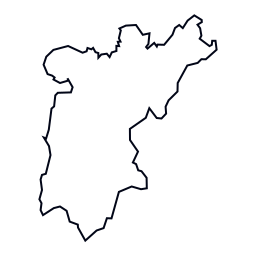 Studenichani, Studeničani, North Macedonia (Albers equal-area conic projection)
{"feature_id": "65306769B72053820604170", "entity_name": "Studenichani", "entity_type": "district", "adm_level": 2, "iso_a3": "MKD", "parent_name": "North Macedonia", "parent_adm1": "Studeničani", "projection": "albers", "projection_center": [21.452, 41.825], "detail": "fine", "context": "isolated", "style": "outline", "palette": "ink", "viewbox_px": 256, "rotation_deg": 0, "n_neighbors": 0, "source": "geoboundaries", "source_scale": "gbopen_adm2", "svg_char_len": 1392}
<svg xmlns="http://www.w3.org/2000/svg" viewBox="0 0 256 256"><path d="M146.8,188.3L146.6,177.8L141.5,171.2L138.2,170.3L136.1,164.1L132.9,162.5L138.0,151.6L130.0,140.0L129.9,128.9L145.8,117.8L149.3,108.2L156.7,118.0L161.5,118.5L166.1,113.6L165.6,106.7L168.6,100.3L177.5,91.5L177.7,83.0L187.3,65.5L197.7,62.9L201.4,59.2L205.8,59.3L216.6,49.7L215.5,40.8L212.2,40.8L211.8,44.8L209.5,46.1L199.7,38.7L201.4,35.7L200.1,28.2L197.5,24.7L201.8,22.1L201.7,20.0L194.3,15.4L187.6,20.6L182.8,28.1L179.2,25.0L175.0,28.0L172.5,34.7L164.1,44.8L157.5,44.6L156.8,46.5L154.2,42.9L147.5,48.6L146.1,47.0L148.4,44.0L149.5,33.3L142.8,34.8L136.0,25.0L125.9,25.6L119.4,28.5L120.8,30.4L118.9,38.2L120.5,41.6L117.8,41.8L119.1,46.1L116.4,45.9L116.4,51.0L111.8,52.4L109.6,57.1L106.8,53.7L101.3,54.5L98.4,57.7L98.3,53.0L95.5,52.2L93.1,47.9L91.4,49.3L87.5,48.0L86.6,51.3L82.6,52.7L68.1,46.0L53.4,49.9L46.3,56.7L43.6,64.7L47.6,74.1L52.1,75.6L54.6,77.5L53.5,79.5L60.0,83.0L68.2,80.6L67.5,78.3L72.6,87.2L70.9,92.4L57.8,92.8L55.3,95.4L54.1,106.4L51.5,108.6L48.8,129.7L46.1,138.5L43.9,137.6L49.0,146.1L50.5,155.1L45.8,173.8L42.0,174.9L40.6,179.5L42.0,190.0L39.4,199.3L41.5,203.2L40.6,210.1L43.0,215.1L53.8,208.1L60.0,206.5L66.6,210.8L69.7,221.6L77.8,224.6L78.0,227.5L85.3,240.6L96.6,230.5L103.6,228.1L106.9,218.2L111.5,218.4L118.9,191.9L131.7,186.5L141.0,189.2L146.8,188.3Z" fill="none" stroke="#020617" stroke-width="2"/></svg>